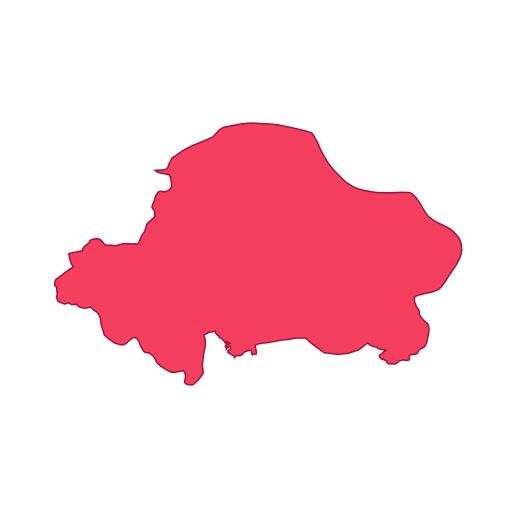 the district of Kota Samarinda, Kalimantan Timur, Indonesia, rotated 79°
{"feature_id": "22746128B87893249930832", "entity_name": "Kota Samarinda", "entity_type": "district", "adm_level": 2, "iso_a3": "IDN", "parent_name": "Indonesia", "parent_adm1": "Kalimantan Timur", "projection": "mercator", "projection_center": [117.219, -0.51], "detail": "fine", "context": "isolated", "style": "filled", "palette": "rose", "viewbox_px": 512, "rotation_deg": 79, "n_neighbors": 0, "source": "geoboundaries", "source_scale": "gbopen_adm2", "svg_char_len": 6123}
<svg xmlns="http://www.w3.org/2000/svg" viewBox="0 0 512 512"><g transform="rotate(79 256 256)"><path d="M321.9,316.2L322.1,311.2L322.1,310.3L322.9,310.4L324.4,310.1L325.4,309.7L327.7,307.6L329.2,307.7L329.3,306.5L330.7,305.4L332.5,304.2L333.2,303.9L334.1,303.0L334.4,303.2L334.8,303.2L334.5,302.7L334.6,302.4L335.0,302.0L334.4,301.9L334.1,301.5L334.2,301.2L334.7,301.1L335.3,301.2L335.6,301.1L335.8,300.6L335.4,300.2L335.7,299.1L336.3,298.4L336.6,298.2L337.0,298.3L337.2,298.7L337.1,299.5L337.4,299.6L337.4,300.1L337.1,300.9L336.2,302.1L336.4,302.2L337.0,302.2L338.1,301.9L338.3,303.1L339.0,303.5L339.7,303.3L340.0,302.9L340.5,302.7L341.8,302.9L341.3,302.3L340.1,301.6L339.8,301.2L339.7,300.8L340.2,300.7L340.5,300.4L340.1,300.1L339.8,299.4L339.8,298.8L340.0,298.4L340.6,298.2L342.8,299.1L343.4,299.6L343.1,301.0L343.6,301.6L345.2,302.0L350.3,296.4L352.2,296.5L352.4,296.5L351.1,296.0L350.2,294.4L350.4,292.7L350.8,290.9L350.4,289.2L349.5,287.6L348.3,286.3L347.8,284.6L347.4,280.8L347.5,278.8L349.1,278.7L351.1,279.0L352.3,278.3L352.1,276.4L352.2,274.4L350.8,274.0L347.1,273.9L345.1,274.0L343.5,273.9L343.0,272.2L342.8,270.4L342.7,266.9L343.2,261.5L343.3,259.8L343.4,246.3L344.1,239.6L344.1,233.0L345.3,226.3L346.1,222.8L352.9,217.8L363.9,207.6L368.3,194.0L369.1,184.0L367.8,173.3L362.6,163.1L365.9,160.4L366.1,159.6L366.9,158.7L367.3,157.7L368.1,155.9L368.5,154.8L369.8,154.2L370.4,153.5L370.8,152.7L371.9,149.6L373.3,146.6L373.8,146.7L374.0,147.0L374.2,148.8L374.7,149.6L375.7,150.6L375.9,150.9L376.6,153.1L376.8,153.5L377.1,153.8L378.0,154.0L378.5,154.0L379.3,153.7L380.1,153.3L380.8,152.8L381.3,152.0L381.6,150.7L381.9,150.6L382.4,150.2L383.1,148.7L383.6,148.2L384.8,147.9L386.0,147.4L386.8,147.0L387.1,146.6L387.3,146.2L387.2,145.3L387.3,144.8L387.7,144.0L388.0,142.2L388.4,140.9L388.5,140.0L388.4,139.1L388.3,138.7L386.4,135.6L386.3,135.2L386.3,133.8L386.3,132.9L386.2,132.5L385.9,131.8L387.0,128.9L387.2,127.5L387.3,125.5L386.9,125.1L386.4,124.9L383.4,124.6L383.0,124.3L382.6,124.0L382.4,123.0L382.8,118.3L382.8,117.8L382.6,117.0L382.4,116.5L381.9,116.0L381.4,115.5L379.5,114.1L379.2,113.6L378.7,112.5L377.9,109.3L377.2,107.9L375.4,106.4L373.8,105.3L372.5,104.4L368.5,102.9L364.3,101.1L363.1,100.7L360.8,100.2L359.2,100.0L356.6,100.0L355.8,100.2L355.3,100.4L353.2,101.9L351.7,103.4L349.6,104.5L348.9,105.1L345.1,106.7L344.0,106.8L342.0,106.3L340.9,106.3L338.3,107.2L337.3,107.8L335.8,108.4L333.3,108.6L331.5,109.2L330.6,108.9L329.4,108.8L328.4,108.9L326.8,108.5L326.3,107.8L325.9,106.6L325.1,101.0L325.2,99.1L325.0,95.8L325.0,90.6L324.2,85.5L323.7,83.7L323.4,83.0L322.3,80.9L321.3,79.5L320.0,78.3L316.4,74.4L311.9,70.2L303.3,61.4L297.8,57.2L296.1,55.9L295.0,55.2L293.2,54.3L291.6,53.9L289.7,53.0L289.2,52.9L286.8,52.6L285.3,52.4L282.5,52.3L280.6,52.5L278.7,52.9L277.5,53.3L274.2,54.9L272.2,56.2L269.8,57.5L267.3,59.6L266.1,60.8L263.6,63.7L256.2,73.6L253.7,76.0L253.3,76.5L251.2,78.3L250.1,79.2L248.8,79.9L246.2,81.2L241.5,83.0L238.5,83.8L235.3,85.1L229.8,87.5L225.9,90.0L224.7,90.9L224.0,91.7L223.1,93.0L222.5,95.2L221.1,102.0L219.7,111.0L218.9,115.6L217.8,120.2L217.2,123.6L216.5,126.0L214.9,130.6L212.5,136.8L210.0,142.2L209.3,143.6L205.6,148.6L201.8,152.5L200.1,154.0L196.8,156.5L193.7,158.6L192.8,159.1L189.6,161.3L183.5,165.0L179.9,166.7L179.3,167.1L175.9,168.4L173.9,169.0L170.1,170.5L167.1,171.4L161.6,172.9L156.2,174.0L152.6,175.1L150.0,176.0L147.9,176.9L146.4,177.4L145.8,177.9L144.7,180.1L143.1,182.7L141.5,185.9L140.3,188.8L136.4,197.4L135.4,200.0L131.9,208.4L130.9,211.3L129.1,217.2L127.1,225.3L125.5,231.4L124.4,236.6L124.1,238.7L123.5,246.0L123.5,263.0L123.6,263.8L125.2,267.9L131.1,275.9L135.6,297.6L136.6,301.3L138.0,305.8L138.4,307.2L140.2,311.5L141.0,313.1L141.8,314.5L143.7,319.7L145.6,321.2L147.8,322.8L149.6,324.1L152.3,325.8L153.0,326.4L153.5,327.1L153.7,328.5L153.8,331.2L153.3,334.3L152.8,337.0L152.7,338.7L154.7,336.9L155.3,335.6L155.9,335.0L159.6,325.8L161.8,325.3L162.0,324.7L170.1,325.3L171.7,325.7L171.8,325.6L174.6,328.4L175.0,329.5L175.5,332.2L175.0,335.6L174.4,336.6L174.1,338.2L174.6,339.9L178.2,343.2L179.5,344.0L182.2,345.2L185.1,347.3L187.4,348.5L188.6,348.8L189.8,348.5L191.8,347.2L193.6,347.0L198.0,347.9L198.8,348.3L199.5,350.1L201.2,352.7L202.7,355.5L203.8,356.9L204.5,357.5L207.4,358.8L209.8,360.2L211.5,361.5L214.4,364.5L218.5,367.3L219.2,367.8L220.8,368.6L221.5,369.2L221.7,370.2L221.2,371.5L220.8,373.3L220.3,376.4L219.4,379.5L219.0,382.2L218.5,383.9L218.5,384.8L218.8,386.2L218.9,388.9L219.2,391.6L219.1,392.5L218.8,393.4L217.7,395.9L217.6,396.8L217.5,398.6L217.3,399.5L216.6,401.2L215.8,402.2L214.3,403.3L211.9,404.4L211.1,404.9L209.7,406.6L209.1,407.4L208.7,408.7L208.4,410.9L208.4,412.8L208.6,414.6L208.9,415.4L209.2,415.8L209.4,416.2L210.9,417.2L211.4,418.0L213.1,420.7L213.3,421.4L213.7,422.3L214.5,423.4L215.1,424.0L216.2,424.8L217.7,425.5L217.9,439.4L224.1,439.3L228.6,438.7L229.5,438.4L231.7,437.2L233.3,441.2L235.4,445.7L238.0,450.8L241.0,457.1L243.7,458.6L246.4,459.1L247.3,458.8L248.4,457.6L251.7,458.0L256.2,458.5L258.0,459.7L262.4,459.1L264.2,457.0L266.6,453.1L266.3,448.7L268.6,446.3L269.2,441.5L272.2,439.4L274.6,434.3L274.6,427.7L277.8,425.9L280.8,422.9L282.6,421.7L287.9,420.5L293.3,421.1L304.8,419.9L308.9,416.7L310.9,414.9L314.5,411.3L315.1,410.1L317.0,406.5L317.7,404.4L317.8,402.5L317.4,401.2L316.2,398.8L315.4,397.7L313.7,394.5L312.8,392.4L312.8,391.5L313.0,390.6L313.2,390.2L314.0,389.1L315.0,388.3L317.4,387.2L322.3,386.5L324.4,385.7L327.0,384.9L327.9,384.5L328.6,384.0L329.2,383.3L330.0,381.7L330.4,380.4L330.8,379.6L332.0,378.2L333.0,377.3L334.8,376.0L336.4,375.1L337.7,374.7L340.8,373.9L342.0,373.4L345.0,371.3L346.0,370.5L351.3,364.9L352.1,363.8L352.6,363.0L353.5,362.0L353.9,361.2L354.3,359.9L354.7,356.7L354.6,351.3L354.9,349.5L355.5,348.8L356.3,348.4L358.5,348.0L360.8,348.2L362.1,348.5L364.9,349.9L365.8,350.1L366.7,350.1L367.1,349.9L368.2,349.0L368.8,348.3L369.2,347.6L369.7,346.3L369.7,345.8L370.1,344.5L370.3,342.2L366.4,335.9L360.8,330.0L355.8,329.8L352.5,329.4L347.3,327.8L341.3,325.7L337.0,323.9L333.3,322.6L328.4,321.7L324.0,322.4L323.7,322.3L322.0,316.6L321.9,316.2Z" fill="#f43f5e" stroke="#9f1239" stroke-width="1.5"/></g></svg>